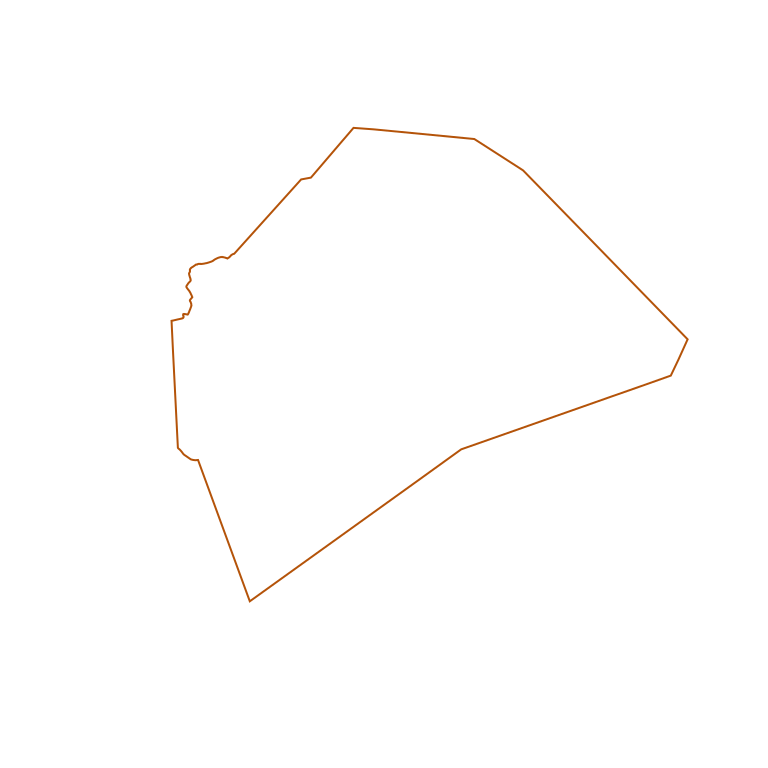 outline of San Luis, Comayagua, Honduras, rotated 127°
{"feature_id": "27666195B17713094876682", "entity_name": "San Luis", "entity_type": "district", "adm_level": 2, "iso_a3": "HND", "parent_name": "Honduras", "parent_adm1": "Comayagua", "projection": "natural_earth1", "projection_center": [-87.433, 14.775], "detail": "fine", "context": "isolated", "style": "outline", "palette": "amber", "viewbox_px": 768, "rotation_deg": 127, "n_neighbors": 0, "source": "geoboundaries", "source_scale": "gbopen_adm2", "svg_char_len": 4642}
<svg xmlns="http://www.w3.org/2000/svg" viewBox="0 0 768 768"><g transform="rotate(127 384 384)"><path d="M638.3,360.4L554.6,334.3L444.5,300.0L389.7,283.0L258.0,195.4L231.0,177.4L204.7,160.0L187.0,163.6L165.6,168.4L146.3,293.4L129.7,401.5L134.0,459.3L186.9,545.6L197.8,562.5L211.0,563.3L215.3,563.6L262.2,566.5L263.2,566.6L270.5,573.3L370.1,582.0L370.4,582.2L370.7,582.5L371.1,582.7L371.2,582.8L371.4,582.9L371.6,583.0L371.8,583.1L372.1,583.2L372.4,583.3L372.6,583.4L372.8,583.5L373.0,583.5L373.3,583.6L373.5,583.6L373.9,583.6L374.0,583.6L374.5,583.7L374.8,583.7L375.2,583.7L375.5,583.8L376.0,583.9L376.3,584.0L376.5,584.0L376.8,584.2L377.3,584.4L377.5,584.4L377.6,584.5L377.8,584.6L377.9,584.8L378.0,584.8L378.0,585.0L378.2,585.3L378.2,585.5L378.3,585.6L378.4,586.0L378.5,586.3L378.6,586.7L378.6,586.8L378.7,587.0L378.8,587.2L379.1,587.9L379.4,588.6L379.5,588.9L379.6,589.0L379.8,589.3L379.9,589.6L380.0,589.6L380.1,589.8L380.4,590.1L380.6,590.4L380.7,590.6L380.9,590.7L381.0,590.8L381.3,591.1L381.5,591.3L382.0,591.6L382.3,591.9L382.5,592.0L382.9,592.3L383.4,592.6L383.9,592.9L384.4,593.1L384.9,593.4L385.4,593.6L385.7,593.8L385.9,593.9L386.2,594.0L386.5,594.1L386.8,594.2L387.0,594.3L387.3,594.4L387.6,594.5L387.9,594.5L388.2,594.6L388.4,594.7L388.5,594.8L388.8,594.9L389.0,594.9L389.3,595.1L389.5,595.2L389.9,595.4L390.1,595.5L390.5,595.8L391.1,596.2L391.4,596.4L392.7,597.3L393.5,597.9L394.2,598.4L394.8,599.0L395.5,599.6L396.2,600.2L396.7,600.7L397.0,601.0L397.3,601.3L397.6,601.6L397.9,601.9L398.0,602.0L398.2,602.4L398.4,602.5L398.5,602.7L398.5,602.8L398.7,603.1L398.8,603.2L398.8,603.3L399.1,603.6L399.4,604.0L399.6,604.3L399.8,604.5L400.0,604.7L400.2,604.8L400.3,604.8L400.6,605.0L400.8,605.0L401.0,605.1L401.2,605.3L401.3,605.4L401.4,605.5L401.5,605.7L401.5,605.8L401.7,606.0L401.8,606.0L402.0,606.1L403.3,606.5L403.9,606.7L404.8,607.0L405.7,607.3L406.3,607.6L407.0,607.8L407.4,607.9L407.6,607.9L407.7,608.0L407.8,608.0L408.1,608.0L408.3,608.0L408.6,608.0L408.9,608.0L409.0,608.0L409.2,607.9L409.3,607.9L409.6,607.8L409.7,607.7L409.8,607.6L410.0,607.4L410.2,607.2L410.3,607.2L410.6,606.9L410.8,606.8L410.9,606.7L411.0,606.7L411.3,606.6L411.5,606.5L411.7,606.4L411.9,606.4L412.0,606.4L412.3,606.4L412.5,606.4L412.8,606.3L413.1,606.2L413.3,606.0L413.4,605.9L413.5,605.8L413.6,605.7L414.1,605.2L414.3,604.9L414.5,604.6L414.7,604.3L414.9,604.1L415.1,603.9L415.2,603.7L415.4,603.4L415.6,603.2L415.8,602.8L415.9,602.6L416.1,602.4L416.2,602.2L416.4,602.0L416.5,601.8L416.7,601.6L416.9,601.5L416.9,601.4L417.2,601.1L417.3,601.0L417.4,600.9L417.5,600.8L417.7,600.7L417.8,600.7L418.0,600.6L418.4,600.6L418.6,600.6L418.8,600.6L419.0,600.6L419.4,600.7L419.5,600.7L419.9,600.8L420.0,600.8L420.3,600.8L420.7,600.9L421.0,600.9L421.5,600.9L422.0,600.9L422.7,600.8L423.2,600.8L423.5,600.8L423.8,600.8L424.0,600.8L424.4,600.7L424.5,600.7L424.9,600.6L425.0,600.5L425.2,600.4L425.3,600.3L425.4,600.2L425.5,600.1L425.6,599.9L425.7,599.7L425.8,599.4L425.9,599.1L426.0,598.8L426.1,598.4L426.3,597.9L426.4,597.3L426.6,596.7L426.7,596.1L426.8,595.8L426.9,595.6L426.9,595.4L427.0,595.2L427.2,594.9L427.2,594.7L427.4,594.3L427.9,593.1L428.3,592.5L428.6,591.8L429.0,591.1L429.2,590.7L429.3,590.5L429.6,590.2L429.8,589.9L429.9,589.7L430.1,589.5L430.1,589.4L430.3,589.4L430.5,589.3L431.0,589.4L431.3,589.4L431.5,589.4L432.8,589.5L433.6,589.5L433.8,589.4L434.0,589.4L434.2,589.2L434.3,589.1L434.4,588.9L434.5,588.8L434.5,588.7L434.7,588.4L434.7,588.2L434.8,588.1L434.9,587.8L435.0,587.7L435.2,587.4L435.4,587.0L435.6,586.8L435.7,586.6L435.8,586.5L435.8,586.4L436.0,586.2L436.4,585.8L436.5,585.7L436.9,585.4L437.1,585.3L437.2,585.1L437.3,585.1L437.5,585.0L437.8,584.8L438.0,584.7L439.0,584.4L439.7,584.2L441.0,583.8L442.2,583.5L443.0,583.3L443.8,583.0L444.5,582.9L445.2,582.7L445.4,582.7L445.6,582.6L446.1,582.6L446.5,582.5L446.8,582.7L446.9,582.8L447.0,583.1L447.2,583.6L447.8,584.8L448.2,585.4L448.3,585.7L448.4,585.9L448.5,586.0L448.8,586.2L449.0,586.3L449.1,586.2L449.3,586.2L449.5,586.1L449.8,586.0L449.9,585.8L450.0,585.8L450.1,585.7L450.3,585.3L450.4,585.2L450.5,585.0L450.5,584.9L450.7,584.7L450.9,584.7L451.0,584.6L451.2,584.4L451.3,584.4L451.6,584.2L451.8,584.2L452.0,584.2L452.2,584.3L452.5,584.3L452.8,584.5L453.0,584.7L453.2,584.8L453.3,584.8L453.5,585.0L453.9,585.3L454.3,585.7L454.4,585.8L454.6,585.9L456.8,587.8L459.0,589.6L459.4,590.0L459.9,590.3L460.6,591.0L461.4,591.7L483.3,573.5L558.9,510.3L559.2,509.7L559.3,507.6L559.7,505.5L560.1,504.0L560.6,502.4L560.8,500.8L560.7,499.4L560.6,496.9L560.5,494.3L560.4,492.8L559.7,491.1L558.9,489.6L558.1,488.4L557.4,487.7L556.6,486.8L638.3,360.4Z" fill="none" stroke="#b45309" stroke-width="2"/></g></svg>